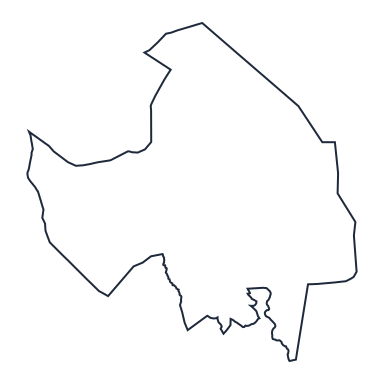 Villa de Chilapa de Díaz, Oaxaca, Mexico
{"feature_id": "50627088B27249179318805", "entity_name": "Villa de Chilapa de Díaz", "entity_type": "district", "adm_level": 2, "iso_a3": "MEX", "parent_name": "Mexico", "parent_adm1": "Oaxaca", "projection": "equal_earth", "projection_center": [-97.646, 17.595], "detail": "fine", "context": "isolated", "style": "outline", "palette": "slate", "viewbox_px": 384, "rotation_deg": 0, "n_neighbors": 0, "source": "geoboundaries", "source_scale": "gbopen_adm2", "svg_char_len": 4410}
<svg xmlns="http://www.w3.org/2000/svg" viewBox="0 0 384 384"><path d="M187.7,330.1L196.3,323.8L207.2,315.8L208.2,316.3L209.2,317.0L210.3,317.8L211.6,318.1L213.8,318.5L216.1,318.2L217.5,317.4L217.5,318.9L218.6,322.4L219.7,323.4L221.1,324.9L221.7,326.8L220.6,328.7L221.8,330.7L223.5,333.7L226.0,331.0L228.2,328.2L230.5,325.1L230.6,318.9L231.6,319.3L233.3,320.2L235.2,321.8L236.9,322.6L238.0,323.5L241.1,325.6L242.9,327.1L244.4,326.9L245.3,325.6L246.3,325.9L248.7,325.7L250.4,324.8L251.6,324.1L253.5,323.8L255.1,322.7L256.4,321.3L257.3,320.0L258.3,318.7L259.4,318.3L258.7,317.2L257.9,316.0L257.3,314.0L256.7,312.0L256.0,310.7L254.9,309.6L253.6,308.3L251.9,306.8L250.7,305.8L252.0,305.9L253.9,305.7L255.0,305.1L256.2,303.5L256.5,301.4L255.4,300.7L253.0,299.4L251.8,298.9L251.3,297.8L249.8,296.2L248.4,294.9L247.7,293.7L249.9,293.2L249.5,291.9L248.9,290.9L248.2,289.9L247.6,288.7L249.9,288.6L262.8,287.8L266.4,288.1L266.9,288.4L270.1,291.5L270.2,292.0L270.7,293.2L270.7,294.1L270.4,295.0L270.0,296.1L269.9,297.2L269.6,297.5L268.6,299.7L268.0,300.4L267.1,301.2L266.8,302.5L266.7,303.5L266.9,304.4L267.2,304.9L268.2,306.1L269.1,308.6L269.1,309.3L268.1,310.2L267.4,310.1L266.8,310.2L265.8,311.1L265.2,311.8L264.8,312.8L265.0,314.2L265.8,316.0L266.3,316.2L266.7,316.6L267.8,317.1L269.2,317.8L271.1,320.1L272.5,321.4L272.7,321.7L274.1,323.2L274.7,323.8L275.1,324.8L275.3,325.4L275.3,326.3L275.2,326.7L274.7,327.5L273.9,328.1L273.0,329.2L272.6,329.8L272.3,330.8L272.1,331.6L272.0,333.1L272.1,334.3L272.3,334.8L272.3,335.6L272.2,336.4L272.5,338.3L272.8,339.0L274.5,339.5L275.4,339.6L276.2,340.3L277.9,340.5L279.0,340.2L279.7,340.4L280.7,341.2L281.4,341.9L281.7,342.4L281.8,343.5L282.3,344.0L283.2,345.2L285.1,346.3L286.0,346.3L286.3,347.0L286.6,348.1L287.0,348.6L287.4,349.0L288.2,349.5L288.4,350.5L288.5,351.4L288.3,352.2L288.1,353.6L287.8,353.8L287.7,354.5L287.8,355.7L288.0,356.5L288.1,357.1L288.4,358.1L288.5,358.9L288.9,359.9L289.4,360.9L289.6,361.0L295.9,359.6L297.2,351.3L308.0,284.3L317.0,284.0L334.2,282.5L346.0,281.2L351.2,278.5L353.7,276.9L356.6,271.7L353.9,235.4L355.4,222.0L337.6,193.4L338.1,173.3L334.9,142.2L322.3,142.2L298.4,106.1L272.6,83.8L239.9,55.6L227.4,44.8L202.2,23.0L177.0,30.5L171.4,32.6L166.0,33.7L157.5,42.6L149.4,50.2L144.5,52.6L170.7,69.7L168.4,73.2L164.3,79.7L158.2,90.6L155.1,96.2L151.3,104.2L150.7,106.0L151.1,110.1L151.2,137.1L151.2,142.0L150.8,142.5L145.0,149.4L137.7,152.6L133.6,152.3L133.4,152.3L132.6,152.3L132.4,152.3L129.2,151.4L127.8,151.4L110.4,160.3L107.9,160.7L106.7,160.9L102.1,161.6L97.1,162.4L90.3,164.0L83.1,165.3L75.9,165.8L68.0,162.2L53.8,151.5L49.0,146.0L43.2,141.9L37.0,137.4L30.5,132.8L29.0,131.7L30.5,135.3L31.5,141.8L31.7,142.4L32.8,149.1L31.8,152.1L31.5,153.1L31.6,154.9L29.9,163.0L29.2,167.2L28.5,170.2L27.6,172.1L27.4,174.2L28.1,177.9L30.6,181.6L32.2,183.5L35.1,187.1L37.4,190.9L37.9,191.3L40.9,201.1L42.6,206.9L43.5,209.5L42.3,217.8L45.1,223.7L45.2,226.6L45.4,229.3L45.6,231.1L45.8,231.6L45.9,231.9L47.8,237.1L48.2,238.1L49.8,242.4L51.1,243.7L57.5,250.1L62.8,255.4L67.9,260.3L73.6,266.0L74.6,267.0L74.9,267.3L75.1,267.6L75.7,268.1L76.8,269.2L80.9,273.3L85.1,277.5L86.7,279.1L87.0,279.4L92.0,284.2L99.0,291.1L100.0,291.6L103.1,293.3L108.1,296.1L123.9,277.7L133.6,266.4L142.7,262.6L151.0,256.3L163.4,253.9L163.1,254.0L163.0,254.3L162.9,254.9L163.0,255.7L163.1,256.1L163.6,257.0L164.0,257.5L164.1,257.8L164.0,259.0L164.3,260.0L164.3,260.5L164.2,260.8L164.1,261.1L164.0,261.7L164.0,262.0L164.1,262.3L164.0,262.8L163.7,263.0L163.6,263.3L163.4,263.8L163.3,264.3L163.2,264.8L163.5,265.1L164.1,265.3L164.5,265.3L164.8,265.3L165.1,265.3L165.2,266.2L165.4,267.5L166.0,268.2L166.5,268.1L166.7,268.4L166.7,269.2L166.5,270.1L166.2,271.3L166.1,271.6L165.8,272.0L165.8,272.3L166.0,273.0L166.5,273.3L166.8,273.8L167.3,274.9L167.3,275.2L167.5,275.8L167.9,276.2L167.9,276.4L168.3,276.9L168.4,277.9L168.3,278.6L168.7,278.9L169.1,279.2L169.6,279.4L169.6,279.8L169.9,280.9L170.1,281.7L170.6,282.4L171.1,282.7L171.6,283.0L172.3,283.3L172.4,284.0L172.5,284.4L172.6,285.1L173.4,285.1L173.8,285.1L174.3,285.4L174.6,286.0L175.1,286.3L175.6,286.7L176.1,287.3L176.4,288.5L177.9,289.3L178.7,289.7L178.4,291.0L179.0,291.9L179.2,292.4L179.3,292.7L179.6,293.5L179.6,294.0L179.6,294.7L179.9,295.1L180.1,295.3L181.0,295.9L181.3,296.5L181.4,297.0L181.1,299.0L181.0,299.9L181.0,300.9L181.2,301.2L180.0,305.1L182.2,312.3L184.6,322.6L187.7,330.1Z" fill="none" stroke="#1e293b" stroke-width="2"/></svg>